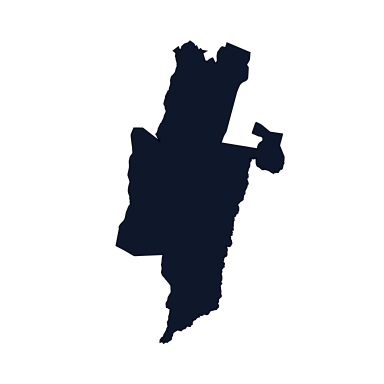 outline of Ol Kalou, Central, Kenya, rotated 20°
{"feature_id": "3690345B95130653030363", "entity_name": "Ol Kalou", "entity_type": "district", "adm_level": 2, "iso_a3": "KEN", "parent_name": "Kenya", "parent_adm1": "Central", "projection": "albers", "projection_center": [36.373, -0.309], "detail": "fine", "context": "isolated", "style": "filled", "palette": "ink", "viewbox_px": 384, "rotation_deg": 20, "n_neighbors": 0, "source": "geoboundaries", "source_scale": "gbopen_adm2", "svg_char_len": 6076}
<svg xmlns="http://www.w3.org/2000/svg" viewBox="0 0 384 384"><g transform="rotate(20 192 192)"><path d="M213.5,343.9L214.5,343.0L214.7,342.1L215.5,342.5L216.1,343.1L217.0,343.7L217.8,342.6L218.6,341.7L220.0,341.6L220.9,340.0L221.5,339.4L222.5,338.0L222.8,337.0L222.1,335.8L222.3,334.7L222.6,333.9L222.4,333.0L222.1,332.1L222.3,330.4L225.0,326.8L225.9,326.2L228.1,326.1L229.2,325.9L230.0,324.1L230.9,323.3L231.8,322.7L232.3,322.1L232.5,320.9L232.9,319.6L234.2,319.2L235.3,319.1L236.2,318.8L236.3,317.5L236.7,316.7L237.3,316.0L236.7,315.2L236.6,314.4L236.8,313.4L236.6,312.6L237.2,311.8L238.7,310.5L239.0,309.2L239.6,308.2L240.4,307.3L241.5,306.7L240.2,305.1L241.0,304.6L242.7,304.8L243.5,304.3L244.2,303.7L244.3,302.7L245.4,302.2L246.6,302.2L247.6,302.1L248.4,301.6L248.9,300.8L249.2,299.1L249.5,298.3L249.6,296.6L250.6,296.6L251.3,296.1L252.2,295.7L253.1,294.7L254.1,294.3L254.9,293.9L255.2,293.0L255.4,292.2L256.0,291.2L255.5,289.5L254.6,288.8L253.8,288.0L254.2,286.8L254.1,285.7L253.7,285.0L253.5,284.2L253.5,283.1L254.9,280.6L255.0,279.7L253.6,278.0L253.1,276.3L252.9,275.2L252.2,274.4L251.3,272.2L250.6,271.2L250.2,270.1L250.8,268.8L251.0,267.8L250.1,267.3L249.7,266.7L249.4,266.0L249.8,265.0L249.7,264.0L249.0,261.9L248.4,260.7L247.2,259.2L247.1,256.7L246.4,255.4L246.1,254.1L246.8,253.1L246.8,252.0L247.7,251.3L246.7,249.8L247.0,248.8L246.6,248.0L244.8,247.5L244.8,245.4L244.2,243.1L244.8,241.8L244.7,240.7L245.9,240.8L246.2,239.6L246.0,238.4L245.3,237.7L245.1,236.3L244.7,234.1L244.1,233.2L243.3,232.7L243.4,231.9L242.9,230.8L243.7,230.4L244.7,230.5L245.8,230.3L246.5,229.3L246.8,226.5L246.0,225.4L245.6,224.4L244.0,223.2L243.8,221.8L243.0,221.0L242.9,219.9L244.2,218.6L243.4,217.7L243.6,216.3L242.7,215.4L242.5,214.2L243.6,213.4L243.1,212.7L242.2,210.7L242.2,209.8L240.7,205.4L241.1,204.3L240.5,203.1L239.6,201.2L240.9,199.7L240.7,197.5L241.6,196.8L242.1,196.0L241.8,195.1L241.9,193.2L241.0,190.7L239.6,189.2L238.9,188.2L240.0,185.6L240.3,184.6L241.8,182.8L242.4,181.5L242.0,180.4L241.9,179.3L241.5,178.3L241.5,177.2L241.7,176.3L242.1,175.3L241.2,173.5L241.2,172.5L241.6,169.0L241.6,168.0L241.3,166.9L241.7,166.0L241.8,165.0L241.0,164.5L241.1,163.7L240.4,163.2L239.8,162.4L239.1,161.7L239.0,160.7L238.7,159.7L239.5,158.8L238.4,156.4L237.0,154.7L237.2,153.7L237.2,152.8L236.9,151.1L236.9,150.3L237.3,148.7L236.6,146.1L236.1,144.8L236.2,143.6L236.7,142.4L235.1,141.1L235.5,140.4L236.4,140.7L236.7,139.7L237.4,139.1L237.9,139.8L238.8,139.5L239.7,138.4L240.8,138.1L240.8,138.9L241.4,139.4L241.9,141.1L242.4,141.9L242.5,142.8L243.1,143.4L243.5,144.2L244.5,145.1L245.5,145.4L246.5,145.4L247.8,145.7L249.7,146.6L250.8,146.6L251.6,146.3L253.1,145.5L253.9,145.4L257.9,145.4L258.8,145.9L262.3,146.4L262.9,144.4L264.0,144.9L264.8,144.2L265.6,144.3L266.3,143.9L266.3,142.4L266.9,141.2L266.6,140.4L267.4,140.1L268.3,139.9L268.6,138.9L268.3,136.7L267.9,135.7L268.3,134.4L268.3,133.3L267.6,132.5L267.4,131.1L266.4,127.7L258.1,118.4L257.1,106.8L244.8,109.3L233.6,105.4L228.7,104.9L228.4,105.7L228.6,112.7L228.5,115.0L228.8,115.9L235.4,116.3L237.7,115.9L238.5,115.9L239.7,116.3L240.5,117.2L240.8,118.2L241.3,118.9L241.1,120.0L239.0,122.9L238.5,124.5L238.5,127.4L238.8,128.5L238.7,129.3L202.2,136.2L202.2,128.6L203.0,124.1L203.0,122.2L199.7,85.1L199.5,82.3L199.5,80.3L199.8,75.6L200.3,73.7L201.2,71.9L201.9,71.0L204.3,68.6L204.8,67.6L205.1,66.5L205.0,65.6L203.2,59.5L202.0,55.8L201.2,55.1L200.4,54.8L199.7,54.0L199.5,53.1L200.3,49.5L200.4,48.4L200.3,47.4L198.6,41.3L196.8,41.3L174.1,40.1L174.4,43.7L174.3,44.9L172.9,45.3L171.7,45.3L170.7,45.4L169.7,47.4L169.5,48.7L168.6,51.8L169.2,55.4L170.7,58.8L171.1,59.8L171.1,61.1L170.6,62.5L169.8,63.3L165.6,59.2L164.5,60.2L163.2,61.7L161.9,64.0L161.2,64.5L160.3,64.3L159.3,64.5L154.4,57.9L156.9,54.9L154.1,55.4L153.3,55.9L151.1,54.6L150.6,55.6L150.5,56.5L149.6,56.8L146.4,53.4L145.4,54.8L143.1,52.4L139.6,51.3L138.5,51.1L137.8,52.8L137.2,53.5L134.7,55.5L134.2,56.2L132.8,59.2L133.7,61.2L131.3,62.7L129.6,60.5L126.4,65.6L127.3,65.9L128.3,66.1L129.2,66.7L129.9,67.5L130.0,69.4L130.4,70.3L131.6,71.8L131.9,72.7L132.4,73.4L132.9,73.9L133.3,74.7L133.9,75.4L134.3,76.1L134.5,77.1L135.3,78.7L135.2,81.7L135.4,83.1L135.6,84.3L135.5,85.6L135.2,86.6L134.2,89.3L133.6,90.1L133.5,91.6L133.8,93.9L134.1,95.0L134.9,96.4L135.2,97.4L135.5,99.6L135.4,100.9L135.5,101.8L135.6,102.6L136.0,103.7L135.8,104.6L135.1,105.3L135.1,106.8L134.9,108.1L134.9,109.1L134.6,111.0L134.8,111.9L135.3,112.8L135.1,114.1L135.6,118.6L136.2,119.4L137.4,120.2L138.7,122.9L139.7,123.8L140.4,124.9L140.5,125.7L140.4,126.9L140.4,128.1L140.2,128.9L140.2,129.8L140.5,132.4L140.0,136.4L140.1,137.5L139.4,138.3L138.8,144.1L139.2,145.0L139.1,146.2L139.3,147.9L138.5,150.0L139.5,150.6L141.4,152.5L142.0,153.1L143.0,153.7L144.0,154.5L144.3,155.6L123.8,149.0L115.7,151.9L115.4,158.7L116.1,160.5L119.0,166.4L121.2,170.5L122.1,172.7L123.3,175.4L123.3,176.4L122.5,178.9L122.2,180.7L122.4,181.9L122.6,183.8L122.8,184.6L123.5,186.4L124.0,187.4L125.1,190.4L126.0,197.0L126.2,197.9L128.0,200.2L129.7,202.3L130.4,203.5L130.7,204.7L130.8,207.7L131.4,210.8L131.8,212.2L132.4,213.6L133.1,214.7L134.9,216.7L135.5,217.6L135.7,218.9L136.2,219.8L137.0,220.5L137.2,221.8L138.1,223.7L138.4,224.7L138.4,225.5L137.7,227.1L137.6,232.1L137.5,233.3L137.7,234.4L137.8,235.9L138.3,238.0L138.4,240.6L138.1,242.4L136.1,247.0L135.7,249.1L135.8,250.1L136.4,250.8L139.2,268.2L140.9,268.4L148.1,269.3L159.0,271.3L159.9,271.2L186.3,260.3L186.9,264.1L187.6,266.7L188.2,268.9L188.4,270.8L190.0,273.2L190.6,275.0L190.7,276.3L191.1,278.0L192.4,279.6L193.6,280.6L195.4,281.3L197.1,282.6L198.4,283.1L199.3,283.8L202.1,285.4L204.3,286.9L206.7,292.6L206.9,294.0L206.0,298.2L205.9,299.2L206.4,302.0L206.3,303.3L205.9,305.1L206.3,306.4L207.6,309.0L208.7,308.8L211.8,309.6L212.6,310.4L212.0,311.4L212.6,312.3L212.6,313.7L213.0,315.1L212.8,316.5L213.4,318.1L213.8,319.1L214.0,320.3L213.6,322.9L214.3,323.5L214.4,324.3L215.6,326.4L215.6,327.3L215.4,328.3L215.3,329.1L215.6,330.8L215.2,331.9L214.9,334.6L214.6,335.9L215.1,338.1L213.8,338.9L213.1,341.0L212.9,342.1L213.5,343.9Z" fill="#0f172a" stroke="#020617" stroke-width="1.5"/></g></svg>